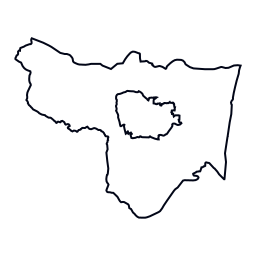 the district of Samraong Tong, Kâmpóng Spœ, Cambodia
{"feature_id": "14789045B32587408754767", "entity_name": "Samraong Tong", "entity_type": "district", "adm_level": 2, "iso_a3": "KHM", "parent_name": "Cambodia", "parent_adm1": "Kâmpóng Spœ", "projection": "albers", "projection_center": [104.483, 11.45], "detail": "fine", "context": "isolated", "style": "outline", "palette": "ink", "viewbox_px": 256, "rotation_deg": 0, "n_neighbors": 0, "source": "geoboundaries", "source_scale": "gbopen_adm2", "svg_char_len": 5830}
<svg xmlns="http://www.w3.org/2000/svg" viewBox="0 0 256 256"><path d="M160.1,211.1L162.1,208.4L163.9,205.3L167.2,200.4L174.0,190.7L175.3,189.2L177.7,187.5L183.0,180.6L184.5,180.2L193.2,180.4L195.6,180.1L196.7,179.6L197.8,178.9L198.3,178.1L198.5,177.4L197.8,176.4L196.7,175.9L194.0,175.6L193.3,174.7L193.2,173.7L196.0,172.3L196.4,171.8L197.0,171.6L198.0,171.6L199.0,171.3L200.0,171.4L200.4,170.9L201.5,167.3L202.4,167.3L203.1,166.9L203.7,166.3L204.5,166.3L205.2,165.9L205.3,163.2L205.5,162.8L205.8,162.5L206.6,162.4L207.6,162.8L208.8,162.9L209.4,163.2L213.9,168.1L214.5,168.4L217.3,171.6L219.1,174.3L224.0,179.2L224.4,179.2L224.5,178.8L226.0,162.0L225.0,153.3L227.5,136.9L227.8,136.3L227.7,135.9L229.7,122.3L231.3,114.1L231.8,104.8L231.4,104.3L231.0,102.5L231.5,101.2L232.1,100.3L232.8,99.6L233.0,98.6L232.9,97.8L233.8,92.7L235.1,87.0L236.7,80.5L238.7,73.8L239.1,70.3L239.9,67.5L240.6,65.6L237.7,65.2L233.9,65.5L228.5,67.8L225.5,68.0L221.8,67.0L221.0,67.0L216.2,68.6L214.4,69.1L212.9,69.2L204.9,69.2L193.5,68.4L189.9,67.1L186.6,65.0L185.6,64.3L184.5,62.1L182.8,60.5L181.1,59.9L177.0,59.7L174.7,60.2L172.6,61.4L170.4,63.1L167.5,65.8L166.9,66.5L166.2,68.5L165.5,68.8L162.5,66.9L160.1,66.1L159.2,66.0L155.6,66.9L154.6,66.8L153.4,66.1L152.9,65.1L152.4,65.1L152.1,64.7L152.2,63.6L149.0,62.7L147.4,61.3L146.6,61.0L145.9,60.9L145.0,61.3L143.8,61.3L143.0,61.5L141.9,61.4L141.0,61.6L140.6,61.6L140.0,58.3L139.9,53.9L139.5,53.4L139.0,53.4L135.1,51.9L133.9,51.7L132.5,51.7L130.9,52.5L129.8,53.5L127.3,56.3L125.2,59.2L122.8,63.3L117.3,63.8L111.0,69.0L102.5,65.6L100.4,63.9L90.9,63.9L88.6,64.4L85.5,64.8L79.3,64.5L77.7,64.1L75.1,63.0L73.7,62.2L73.1,61.4L72.6,58.6L72.0,57.5L70.4,55.6L69.5,54.9L66.9,54.0L64.7,54.0L60.3,52.9L51.4,46.9L48.9,45.5L43.2,42.7L31.8,38.3L31.3,39.2L31.2,40.4L31.6,42.1L31.5,43.4L30.8,44.1L29.5,44.2L25.6,45.6L24.0,46.6L20.4,48.0L20.1,49.0L20.0,50.7L19.1,50.5L18.1,51.5L18.1,54.0L17.7,54.8L16.6,55.5L16.3,56.4L15.4,58.2L15.5,59.2L18.9,61.6L21.1,62.6L22.6,66.0L24.0,67.9L25.6,69.3L27.3,70.2L30.3,71.3L30.6,72.6L30.2,74.1L29.5,75.4L29.2,78.8L29.3,80.8L29.7,82.4L30.6,84.0L30.8,85.1L27.9,91.3L27.4,92.6L27.0,95.1L27.2,96.3L27.2,98.3L26.4,100.0L27.5,101.3L28.0,102.6L27.9,103.4L28.4,104.0L28.8,104.9L30.5,106.4L31.0,107.1L31.9,107.9L33.1,109.4L36.9,111.3L38.4,112.3L39.2,113.2L41.3,114.3L42.0,114.6L45.0,115.2L45.6,115.9L48.5,117.6L49.3,117.7L50.4,117.7L51.1,118.0L53.7,120.2L54.0,120.7L55.5,121.6L55.8,122.5L56.6,122.9L57.9,121.7L58.4,121.7L60.2,122.3L60.8,121.9L61.2,121.1L62.4,120.9L64.3,122.2L65.2,124.2L65.7,124.6L67.7,124.1L68.7,124.3L69.6,125.4L69.6,126.2L68.4,126.8L68.1,127.1L67.8,127.7L68.0,128.3L69.1,129.0L70.6,130.1L71.0,130.7L72.5,131.4L73.8,130.6L74.9,130.7L75.9,131.0L76.5,131.4L76.7,131.7L77.4,131.7L78.6,130.1L80.5,129.6L80.8,129.0L81.2,128.9L82.3,127.9L85.0,128.0L85.4,127.8L86.5,127.0L87.4,126.7L88.9,128.5L89.8,129.0L91.2,129.2L94.0,128.1L94.6,128.1L96.3,128.7L98.4,130.0L99.3,129.9L100.4,130.1L101.0,130.5L101.3,131.2L102.5,131.6L102.9,131.9L103.9,133.0L104.4,134.1L105.0,134.9L105.1,135.5L105.7,136.2L107.9,136.5L108.3,137.0L108.3,137.6L108.0,138.1L107.8,139.2L108.1,140.1L107.6,140.6L107.5,142.0L106.7,143.5L106.8,144.3L107.2,144.9L107.6,149.3L106.4,152.6L107.3,161.1L108.3,168.5L107.8,173.6L107.4,174.8L107.0,174.9L106.6,176.7L106.3,179.1L106.6,181.5L107.5,183.1L108.0,183.6L108.5,184.7L106.6,189.6L106.4,190.4L106.8,191.4L107.2,191.9L108.0,192.2L110.0,192.3L111.9,192.8L113.2,192.8L113.5,193.0L117.5,196.9L119.4,200.3L120.0,201.2L121.1,202.2L123.0,201.9L124.2,202.1L128.1,204.3L128.5,204.8L128.8,205.4L129.3,208.1L131.1,209.1L133.0,212.5L134.5,213.8L135.8,215.4L137.4,216.8L139.0,217.6L145.0,217.7L146.9,217.3L149.8,216.3L158.6,212.1L160.1,211.1ZM130.2,91.2L132.6,91.3L133.8,91.4L135.8,92.1L137.2,92.2L138.0,92.1L138.7,91.2L139.6,91.6L141.2,92.6L142.4,93.8L143.2,95.7L146.0,98.2L146.9,98.8L147.8,100.1L148.4,100.4L149.3,97.9L151.7,97.6L153.0,97.8L153.6,97.5L154.0,97.7L154.8,97.4L155.0,97.6L155.7,97.3L156.4,97.3L156.7,97.4L155.8,98.0L155.7,98.3L154.6,99.0L153.9,99.1L153.6,100.8L153.6,103.4L155.2,103.7L155.9,104.1L156.8,104.2L157.4,104.0L157.5,103.6L158.5,103.6L159.8,103.3L160.1,105.0L160.3,105.3L161.0,105.5L161.4,105.5L161.6,105.2L161.9,104.0L163.6,103.7L164.2,103.0L166.3,103.1L166.9,103.3L167.8,103.0L168.5,103.1L169.8,102.0L170.2,102.7L171.2,102.9L171.9,102.8L172.2,102.9L172.4,102.7L172.9,102.6L173.3,102.8L173.7,103.4L173.8,104.2L174.1,104.2L174.2,105.2L174.2,106.0L174.5,107.3L175.0,107.3L174.7,108.6L174.8,109.8L174.6,110.4L174.0,110.1L173.4,110.4L171.8,110.5L171.5,111.9L171.9,111.8L172.0,113.9L173.1,113.8L173.1,114.5L173.3,114.7L173.6,115.2L173.6,115.8L173.8,116.5L175.3,115.3L178.5,115.3L179.5,115.6L179.4,119.7L178.7,119.8L179.0,121.3L179.4,122.3L180.2,122.6L180.4,122.9L180.8,122.5L181.1,122.6L181.4,123.3L179.9,124.6L177.9,125.0L176.6,124.6L174.8,123.6L173.1,123.6L172.6,123.9L172.2,124.6L172.4,125.9L171.6,127.4L168.7,131.3L167.6,133.0L166.6,134.2L165.6,134.4L164.8,135.1L163.8,135.6L163.2,135.6L160.8,134.9L159.2,135.0L158.7,135.4L158.5,135.8L158.8,136.3L158.3,137.8L158.5,138.3L158.7,139.4L157.8,139.4L155.0,138.7L150.9,137.1L150.2,136.4L149.8,136.4L148.9,137.4L142.3,137.2L141.4,137.0L141.0,136.5L140.4,136.3L139.8,136.5L139.6,137.0L139.0,137.3L137.3,137.0L135.4,137.8L132.7,138.2L131.4,137.9L130.6,135.2L130.9,134.7L131.8,133.9L130.9,132.6L128.9,133.8L128.1,132.0L127.4,132.9L127.2,132.0L125.7,133.5L124.5,128.9L123.9,125.7L124.4,124.9L124.0,124.6L122.6,125.2L121.2,126.1L120.5,126.1L120.1,125.0L119.5,121.8L118.1,117.4L118.2,115.4L117.9,114.3L116.1,110.7L116.5,110.0L116.6,108.5L116.0,106.2L116.1,105.5L116.6,104.7L116.7,104.0L116.5,102.5L116.8,101.4L116.8,100.6L116.7,99.6L116.4,99.4L116.1,98.7L116.1,97.2L116.2,96.2L116.9,94.9L117.8,94.2L120.2,93.8L122.4,93.0L123.3,92.5L125.5,92.0L126.8,91.1L127.4,90.9L130.2,91.2Z" fill="none" stroke="#020617" stroke-width="2"/></svg>